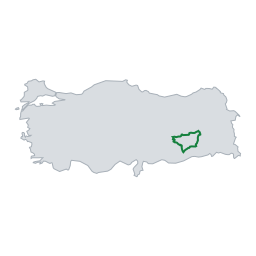 Turkey, with Diyarbakir highlighted
{"feature_id": "TUR-2309", "entity_name": "Diyarbakir", "entity_type": "Province", "adm_level": 1, "iso_a3": "TUR", "parent_name": "Turkey", "parent_adm1": "", "projection": "equal_earth", "projection_center": [40.236, 38.057], "detail": "fine", "context": "in_parent", "style": "outline", "palette": "green", "viewbox_px": 256, "rotation_deg": 0, "n_neighbors": 0, "source": "natural_earth", "source_scale": "10m", "svg_char_len": 4818}
<svg xmlns="http://www.w3.org/2000/svg" viewBox="0 0 256 256"><path d="M201.1,88.1L204.7,89.4L205.9,88.4L209.2,88.5L212.2,89.2L213.8,87.1L215.9,87.4L216.3,88.4L217.3,88.8L220.4,91.6L220.1,91.9L220.8,92.9L223.5,93.6L223.8,95.0L225.9,97.0L227.0,100.2L226.4,102.5L225.3,103.9L227.0,108.7L226.5,109.4L229.7,111.0L233.8,110.7L235.1,111.4L239.1,115.2L240.1,116.7L237.4,114.9L235.9,116.5L235.2,120.2L230.9,120.9L231.6,123.4L232.8,124.5L232.4,126.9L232.7,127.8L234.0,129.4L233.8,131.5L234.4,133.7L234.4,136.4L236.2,137.2L235.4,138.4L233.5,143.9L233.7,144.3L235.0,144.4L238.1,147.0L237.6,147.8L238.0,151.3L240.6,153.6L240.2,154.7L240.3,155.9L238.4,155.4L234.6,158.5L234.2,158.4L233.6,157.3L233.5,154.2L232.5,153.4L231.3,153.2L229.2,154.6L227.3,154.6L225.4,154.3L220.3,152.4L218.5,153.0L216.5,152.3L212.8,156.1L211.6,156.4L211.0,154.5L209.7,153.5L208.0,154.9L201.5,156.7L198.5,157.1L194.9,156.4L191.9,156.6L183.6,160.9L175.7,163.2L168.6,163.0L164.8,160.3L161.8,159.7L152.7,163.8L148.3,163.6L146.8,162.0L143.4,161.3L142.7,162.9L141.9,166.7L143.0,170.3L141.1,170.5L139.9,171.3L139.5,173.9L137.7,175.0L137.1,176.6L136.8,176.7L134.0,175.3L134.8,174.0L133.1,169.1L134.0,167.5L137.8,163.5L137.7,161.2L136.2,159.6L131.5,162.5L131.0,163.6L129.9,164.5L128.2,164.9L120.0,161.0L115.1,164.4L110.9,169.3L107.7,171.1L98.5,172.5L96.8,173.4L93.7,172.4L91.9,171.1L87.8,165.5L79.9,161.3L71.5,160.3L70.7,161.4L70.2,165.7L68.7,169.7L68.0,170.1L66.2,169.1L59.6,171.5L54.1,168.8L53.2,167.7L52.2,163.0L51.3,162.7L50.4,163.3L49.5,163.3L45.6,161.3L43.5,161.1L42.1,163.1L39.9,163.9L39.9,163.4L40.8,162.1L37.4,162.3L35.6,163.3L33.2,162.7L33.4,162.2L35.4,161.5L39.9,160.8L42.9,157.7L32.2,157.8L31.1,158.5L31.1,156.9L31.7,156.1L34.6,155.6L34.5,154.2L32.8,152.8L31.0,152.0L30.3,148.6L29.4,147.8L29.6,147.3L31.4,146.7L31.9,144.3L31.7,142.7L28.3,141.4L27.5,141.6L26.8,140.2L25.4,139.3L24.1,140.1L20.8,138.1L21.5,136.6L22.4,136.7L22.6,135.5L22.0,133.6L22.2,132.7L22.9,132.4L23.8,132.6L24.6,133.7L24.5,135.9L25.4,137.2L26.1,135.9L27.6,136.6L30.5,135.9L31.1,135.3L29.0,135.4L28.3,134.9L26.8,131.3L28.6,130.3L29.9,128.6L27.7,127.4L28.3,125.0L26.4,122.3L29.3,118.8L29.2,118.3L28.4,118.1L19.9,119.5L19.8,118.0L20.6,116.6L20.7,113.3L21.2,111.5L22.8,110.9L24.9,108.3L28.2,105.1L31.4,105.2L32.7,104.3L34.6,104.3L35.1,105.5L36.7,106.4L39.7,106.2L41.2,105.4L39.9,103.9L41.6,103.4L42.9,103.8L42.1,105.5L42.5,105.6L46.3,105.1L50.3,105.5L54.7,105.3L55.3,104.8L52.3,103.1L54.4,101.6L55.5,101.3L64.8,100.0L64.9,99.6L59.3,98.9L56.4,96.9L55.7,95.8L56.4,93.2L57.1,92.6L59.1,92.5L66.0,93.6L71.0,92.9L76.3,94.7L81.5,94.3L82.6,93.5L84.0,91.1L91.5,87.0L94.2,84.8L105.7,80.7L122.6,81.4L125.7,79.8L127.4,80.3L126.9,81.4L126.9,82.4L128.9,84.8L131.9,86.3L136.1,85.1L137.6,85.5L139.0,89.4L141.6,91.8L142.8,91.9L144.5,90.6L146.0,90.4L148.5,91.7L149.3,93.1L157.4,94.7L159.1,95.9L164.6,97.1L176.8,94.3L181.2,96.2L185.0,96.8L186.6,96.5L191.5,94.3L193.0,93.0L196.1,92.0L200.0,89.5L201.1,88.1ZM44.6,81.2L44.1,82.9L44.8,84.8L46.3,87.5L48.0,88.8L56.0,92.4L54.7,95.8L52.6,96.3L45.6,94.7L42.6,96.1L40.6,95.7L37.6,96.4L36.7,98.4L34.5,100.7L28.7,103.6L23.1,109.4L21.6,110.1L22.4,108.2L22.4,106.5L24.8,104.5L28.1,102.9L29.0,101.7L21.0,101.9L20.3,100.1L21.2,99.8L24.0,96.6L24.3,95.4L24.3,92.3L27.6,90.5L27.9,89.8L27.6,86.8L24.7,85.0L24.8,84.2L27.0,83.4L28.3,81.3L31.5,80.8L33.0,79.8L35.8,79.3L39.0,81.9L43.0,80.9L44.6,81.2ZM18.9,109.2L16.2,109.7L15.4,109.2L16.3,108.3L18.4,107.6L19.0,108.6L18.9,109.2Z" fill="#d9dde1" stroke="#a8b0b8" stroke-width="1"/><path d="M198.4,130.9L199.0,131.7L199.8,132.3L199.9,132.9L199.8,133.5L199.9,133.9L200.3,134.1L200.3,134.6L199.9,134.8L199.5,134.9L199.1,135.0L198.5,135.3L198.3,135.7L198.2,136.3L197.9,137.1L197.8,138.0L197.9,139.7L197.9,140.6L197.7,141.0L197.5,141.3L196.9,143.2L196.4,143.8L195.9,144.2L195.8,144.6L195.9,145.0L196.0,145.6L196.2,146.1L195.5,146.5L191.3,146.4L190.0,146.7L189.9,147.0L189.3,147.8L188.3,147.9L187.0,148.9L186.4,149.2L185.1,150.1L184.6,150.6L183.4,152.2L182.9,151.6L182.5,150.7L182.1,149.5L182.0,149.2L181.9,148.8L181.7,147.6L181.8,145.9L181.6,145.5L181.4,145.5L181.2,145.3L180.9,145.0L180.6,144.9L180.5,145.1L180.3,145.3L179.8,145.0L179.3,144.6L178.9,144.4L178.5,144.3L177.8,143.6L177.1,142.8L176.4,142.5L175.7,142.4L174.7,142.3L173.8,141.7L174.2,141.4L174.3,141.2L174.2,141.0L174.5,140.4L174.6,140.0L174.6,139.6L174.2,139.2L173.2,139.6L172.9,139.4L173.3,138.0L173.3,137.6L173.2,137.3L172.9,137.0L174.6,136.7L175.6,137.0L176.6,137.1L177.1,136.9L178.0,136.7L178.3,136.5L179.2,136.5L180.1,136.5L180.5,136.4L180.9,136.1L181.2,135.6L181.5,135.1L181.6,134.6L182.2,134.5L182.4,134.7L182.9,135.0L183.0,135.1L187.0,134.9L188.4,134.9L188.9,134.7L189.2,134.2L189.2,133.7L189.3,133.2L189.9,132.9L191.1,132.7L191.5,132.8L192.1,132.9L194.1,133.0L194.9,132.8L196.3,131.9L197.8,131.3L198.4,130.9Z" fill="none" stroke="#15803d" stroke-width="2"/></svg>